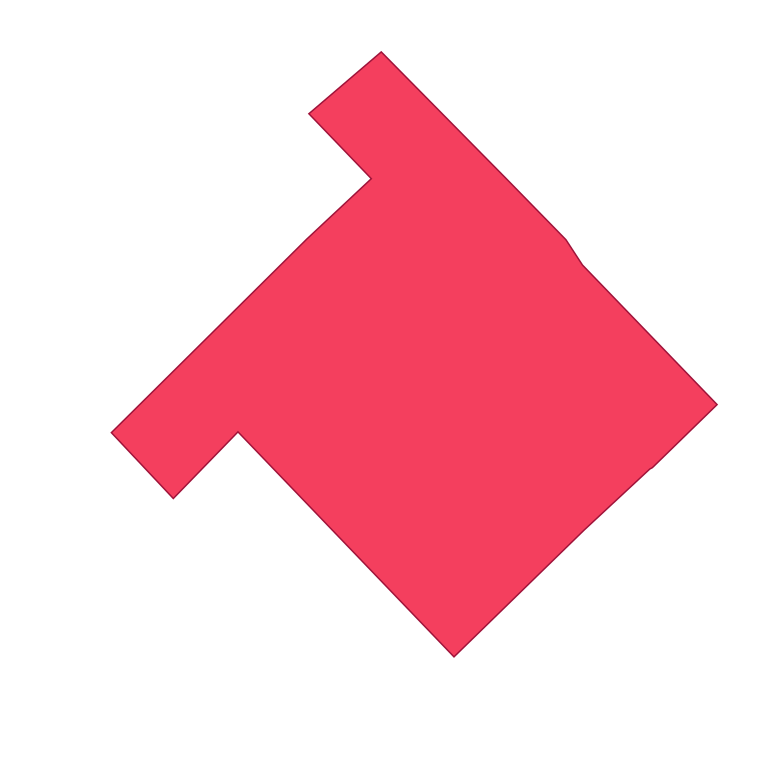 the district of Fayette, Illinois, United States of America, rotated 136°
{"feature_id": "52423323B95839932442393", "entity_name": "Fayette", "entity_type": "district", "adm_level": 2, "iso_a3": "USA", "parent_name": "United States of America", "parent_adm1": "Illinois", "projection": "natural_earth1", "projection_center": [-89.043, 38.977], "detail": "fine", "context": "isolated", "style": "filled", "palette": "rose", "viewbox_px": 768, "rotation_deg": 136, "n_neighbors": 0, "source": "geoboundaries", "source_scale": "gbopen_adm2", "svg_char_len": 363}
<svg xmlns="http://www.w3.org/2000/svg" viewBox="0 0 768 768"><g transform="rotate(136 384 384)"><path d="M523.2,139.1L341.3,139.9L251.9,138.2L249.1,137.4L158.7,137.8L158.6,331.7L152.9,361.4L153.4,445.1L155.3,624.8L250.3,630.6L250.5,540.5L338.7,541.9L613.9,538.4L615.1,448.0L522.3,451.0L523.2,139.1Z" fill="#f43f5e" stroke="#9f1239" stroke-width="1.5"/></g></svg>